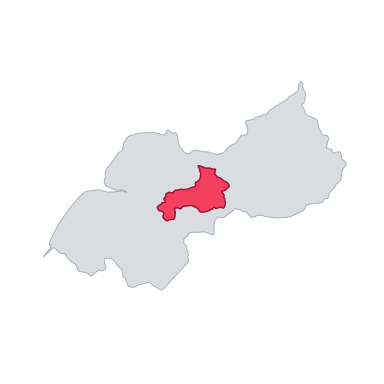 VIII-2 Lower Potaro/Ladsm, Potaro-Siparuni, Guyana (highlighted), rotated 261°
{"feature_id": "73187651B19999842805850", "entity_name": "VIII-2 Lower Potaro/Ladsm", "entity_type": "district", "adm_level": 2, "iso_a3": "GUY", "parent_name": "Guyana", "parent_adm1": "Potaro-Siparuni", "projection": "robinson", "projection_center": [-59.037, 4.863], "detail": "fine", "context": "in_parent", "style": "filled", "palette": "rose", "viewbox_px": 384, "rotation_deg": 261, "n_neighbors": 0, "source": "geoboundaries", "source_scale": "gbopen_adm2", "svg_char_len": 9622}
<svg xmlns="http://www.w3.org/2000/svg" viewBox="0 0 384 384"><g transform="rotate(261 192 192)"><path d="M124.1,178.1L116.2,168.1L108.2,158.0L100.3,148.1L99.8,146.7L103.1,142.0L106.0,138.6L108.5,136.7L109.7,135.0L108.8,127.7L108.8,125.1L107.7,122.2L106.9,119.0L107.9,116.4L109.0,114.5L110.6,113.8L114.2,113.2L116.8,112.9L117.8,111.8L119.3,110.6L121.2,110.5L125.1,111.4L126.9,109.8L130.0,107.6L137.2,103.8L138.8,101.4L140.0,97.6L139.8,95.8L139.1,95.1L137.3,94.5L134.6,94.4L132.4,95.4L130.2,94.9L128.3,92.5L128.2,90.6L129.3,87.9L128.7,86.0L125.1,80.3L125.1,78.7L127.7,76.1L129.2,73.9L131.2,68.6L132.8,66.9L137.8,66.3L139.1,65.1L141.6,62.4L145.4,59.2L150.8,56.6L152.4,52.0L153.4,50.8L157.7,48.3L158.5,47.0L158.4,45.9L151.4,35.5L152.8,36.2L158.2,43.0L161.2,44.5L161.8,44.5L161.8,42.7L164.6,43.5L171.7,48.1L182.0,55.8L196.6,70.2L200.8,75.7L203.6,78.3L207.9,84.6L209.2,87.6L209.0,99.9L205.2,108.2L204.3,114.4L204.1,122.7L201.8,127.5L204.8,124.9L205.7,117.4L208.2,112.8L211.5,107.9L215.9,106.7L220.6,108.8L224.4,109.2L227.7,110.6L234.9,118.6L241.8,124.9L244.4,130.0L251.7,132.5L256.1,136.5L257.5,140.0L258.4,149.0L257.0,162.6L257.3,163.3L255.4,166.0L255.0,167.7L253.7,170.8L252.7,172.4L254.2,176.2L255.8,176.3L256.5,176.8L256.9,177.6L256.8,178.4L256.2,179.1L254.6,180.0L253.1,182.2L253.2,184.6L252.3,185.8L249.2,186.5L243.2,186.5L240.3,186.7L238.0,187.1L236.4,188.6L234.5,189.7L233.0,190.0L231.6,191.8L230.2,194.3L230.7,196.1L232.1,198.4L232.9,200.8L231.8,204.7L230.7,207.7L230.0,210.0L229.0,214.4L226.7,219.2L225.1,222.0L225.1,224.9L225.9,229.2L230.6,235.4L232.2,238.3L233.4,243.1L237.6,246.8L240.3,249.8L240.1,253.8L240.4,255.1L242.1,256.1L244.1,256.8L246.3,256.8L248.3,256.4L248.7,255.9L253.3,255.8L253.8,256.8L254.1,262.5L254.3,264.9L255.4,265.8L256.0,267.2L256.1,268.5L256.3,271.7L257.0,273.4L256.8,276.9L257.3,278.1L258.6,279.0L260.2,281.4L260.8,281.7L261.1,282.6L262.5,286.1L263.2,287.1L263.7,287.3L263.9,288.5L264.9,291.8L265.5,292.6L266.8,295.0L267.3,297.6L269.0,300.6L270.7,302.6L271.5,304.8L273.7,309.6L275.9,312.9L278.8,313.8L281.2,314.2L282.7,315.5L284.2,316.9L282.6,317.5L281.2,318.4L279.2,317.7L276.4,318.1L273.5,319.0L270.9,319.5L265.9,318.0L264.4,317.8L263.3,317.2L261.3,314.2L260.3,313.9L257.6,315.2L254.4,316.2L252.8,316.0L251.0,317.0L249.2,318.3L245.9,324.1L244.2,326.1L242.4,327.0L238.8,327.0L234.8,327.2L231.9,328.6L229.2,329.3L227.8,329.4L227.3,332.6L226.7,334.0L225.9,334.9L223.7,335.1L221.8,335.0L220.7,333.7L218.5,333.0L216.6,332.6L215.3,331.8L214.4,332.0L213.5,333.3L212.9,334.5L212.3,336.5L209.4,337.2L208.1,338.4L208.9,342.2L208.5,343.7L207.9,344.9L204.4,345.1L201.4,345.1L199.7,346.5L197.6,348.2L196.3,348.5L194.7,348.4L192.7,346.4L190.7,344.1L185.8,342.4L180.9,341.0L177.6,337.2L176.9,335.4L175.4,334.6L171.5,330.1L169.4,327.2L167.1,326.5L164.5,325.3L164.6,323.2L164.4,321.2L163.3,320.3L161.7,319.8L161.1,318.7L161.3,316.0L161.6,309.3L161.2,302.8L157.6,300.5L156.1,299.0L153.4,289.4L152.2,285.1L152.1,281.8L153.0,272.3L154.0,268.1L156.7,259.8L158.3,257.0L158.4,254.9L158.3,252.2L157.5,246.8L162.1,243.5L164.0,242.1L164.4,239.8L166.8,237.0L167.9,234.2L168.8,232.1L168.6,231.0L167.5,230.3L166.3,228.3L163.6,222.4L162.6,221.3L161.8,219.6L162.2,217.0L163.3,214.2L163.1,213.0L161.5,211.5L158.2,209.0L155.5,208.8L153.4,207.9L150.3,207.8L147.8,207.5L146.4,206.6L146.7,205.0L147.3,203.8L149.4,200.9L150.8,197.7L151.0,194.7L151.4,190.6L152.0,187.1L152.3,183.2L149.1,180.6L148.0,178.4L146.7,176.5L145.2,176.5L142.9,175.7L139.4,178.2L136.6,177.7L134.7,178.7L130.3,178.5L127.5,177.3L124.1,178.1Z" fill="#d9dde1" stroke="#a8b0b8" stroke-width="1"/><path d="M195.4,168.7L195.0,168.2L194.8,167.7L194.6,167.0L194.5,166.6L194.3,166.3L194.0,166.1L193.7,165.9L193.2,165.7L192.9,165.7L192.6,165.6L192.3,165.6L191.9,165.6L191.6,165.3L191.4,165.1L191.1,164.8L190.7,164.4L190.3,163.7L189.9,163.4L189.6,163.2L189.2,163.1L188.8,163.3L188.4,163.4L188.2,163.7L187.3,164.1L187.0,164.2L186.6,164.1L186.3,163.9L186.0,163.6L185.9,163.1L186.0,162.6L186.0,162.1L186.2,161.6L186.3,161.2L186.2,160.9L185.8,160.6L185.4,160.2L185.1,159.9L184.8,159.6L184.5,159.3L184.3,159.1L184.2,158.6L184.2,158.2L184.3,157.8L184.1,157.5L183.8,157.1L183.5,156.7L183.2,156.4L183.1,156.0L182.9,155.8L182.5,155.6L182.1,155.4L181.8,155.4L181.3,155.4L180.9,155.6L180.5,155.8L180.1,155.9L179.7,156.1L179.2,156.2L178.9,156.5L178.4,157.2L178.4,157.6L178.3,158.0L178.0,158.3L177.8,158.7L177.7,159.2L177.5,159.5L177.4,159.9L177.1,160.1L176.8,160.4L176.4,160.6L176.1,160.7L175.7,160.8L175.3,160.7L175.0,160.7L174.5,160.6L174.1,160.3L172.8,159.6L172.3,159.4L172.0,159.4L171.5,159.4L171.1,159.5L170.8,159.7L170.5,160.0L170.2,160.2L169.8,160.5L169.2,160.9L168.9,161.1L168.2,161.7L168.0,161.9L167.7,162.3L167.6,162.7L167.6,163.2L167.7,163.7L167.9,164.2L168.1,164.5L168.1,164.9L168.2,165.3L168.2,165.7L168.0,166.5L168.0,167.0L168.1,167.4L168.2,167.8L168.3,168.2L168.3,168.7L168.2,169.1L167.9,169.5L168.3,169.9L168.6,170.4L169.0,170.5L169.4,170.8L169.7,171.0L170.1,171.1L170.5,171.3L171.3,171.5L171.7,171.6L172.5,171.7L173.4,172.0L173.9,172.1L174.4,172.2L174.9,172.3L175.6,172.3L176.0,172.3L176.4,172.2L176.7,172.1L177.1,172.1L177.6,172.1L177.9,172.2L178.2,172.5L178.4,172.9L178.7,173.3L178.8,173.7L178.8,174.1L178.7,174.6L178.7,174.9L178.6,175.3L178.5,175.7L178.2,176.1L177.9,176.5L177.7,176.8L177.4,177.3L177.3,177.7L177.2,178.2L177.3,178.6L177.5,179.0L178.1,179.4L178.4,179.6L178.7,179.9L178.9,180.3L179.0,180.7L179.1,181.1L179.2,181.5L179.2,182.0L179.3,182.5L179.0,183.5L179.0,184.0L179.0,184.4L179.0,184.9L178.9,185.9L179.0,186.4L179.0,186.8L179.0,187.8L178.9,188.3L178.9,188.7L178.8,189.2L178.7,189.6L178.6,190.0L178.4,190.3L178.0,190.7L177.7,191.1L177.4,191.6L177.2,191.9L177.0,192.3L176.7,192.7L176.5,193.0L176.2,193.3L175.9,193.7L175.7,194.1L175.4,194.5L175.1,194.9L174.6,195.2L174.3,195.3L173.9,195.6L173.3,195.9L172.9,196.1L172.4,196.2L172.0,196.4L171.6,196.7L171.3,196.9L171.0,197.2L170.9,197.7L170.7,198.2L170.6,198.6L170.6,199.2L170.5,199.7L170.5,200.1L170.5,200.5L170.4,201.1L170.4,201.5L170.3,201.9L170.4,202.3L170.5,203.1L170.6,204.3L170.7,204.7L171.0,205.7L171.1,206.4L171.4,206.7L171.3,207.1L171.7,207.3L171.9,207.5L172.1,207.9L172.2,208.3L172.1,208.7L171.9,209.1L171.9,209.6L172.0,209.9L172.3,210.1L172.7,210.3L172.9,210.5L173.2,210.9L173.4,211.3L173.3,211.7L173.1,212.0L172.8,212.3L172.6,212.5L172.2,212.8L172.1,213.1L171.9,213.5L171.9,213.8L172.1,214.3L172.2,214.7L172.4,215.2L172.4,215.7L172.3,216.1L172.3,216.6L172.5,216.9L172.6,217.3L172.6,217.8L172.6,218.2L172.3,218.6L172.0,218.9L171.7,219.3L171.5,219.6L171.3,220.0L171.2,220.5L171.4,220.8L171.7,221.1L172.0,221.4L172.7,221.9L173.1,222.1L173.4,222.3L174.1,222.5L174.8,222.7L175.2,222.8L175.5,223.0L175.8,223.1L176.2,223.3L176.6,223.3L176.9,223.2L177.4,223.1L178.1,223.0L179.8,223.2L180.2,223.2L180.6,223.1L181.0,223.0L181.3,222.9L181.6,222.8L182.0,222.7L182.3,222.7L183.0,222.9L183.3,222.9L183.7,223.0L184.1,223.1L184.6,222.9L184.9,222.8L185.2,222.5L185.5,222.3L186.1,221.9L186.5,221.8L187.1,221.7L187.5,221.6L187.9,221.7L188.1,222.1L188.1,222.5L188.2,222.9L188.3,223.8L188.3,224.3L188.3,224.8L188.5,225.2L188.7,225.6L189.0,225.9L189.4,226.2L189.6,226.5L190.0,227.3L190.7,228.5L190.9,228.8L191.2,229.1L191.5,229.4L191.9,229.6L192.3,229.6L192.6,229.6L193.0,229.6L193.6,229.6L194.0,229.4L194.3,229.2L194.6,228.9L195.0,228.8L195.4,228.6L196.0,227.9L196.3,227.6L196.8,227.0L197.0,226.8L197.2,226.5L197.4,226.1L197.8,225.5L198.0,225.1L198.3,224.9L198.7,224.6L199.0,224.4L199.7,223.8L200.1,223.4L200.3,223.1L200.6,222.9L200.9,222.6L201.1,222.3L201.5,221.9L201.7,221.6L202.0,221.3L202.1,220.9L202.3,220.6L202.5,220.1L202.9,219.3L203.3,219.2L203.7,219.0L204.4,218.6L204.7,218.4L205.0,218.2L205.3,217.9L205.6,217.7L206.1,217.5L206.4,217.4L206.9,217.3L207.6,217.6L207.9,217.6L208.3,217.9L208.7,218.1L209.1,218.2L209.5,218.4L209.8,218.5L210.3,218.7L210.7,218.8L210.9,218.6L211.0,218.4L211.0,218.0L211.1,217.7L211.1,217.3L211.1,216.8L211.2,216.4L211.5,216.1L211.7,215.7L211.8,215.3L212.0,214.9L212.1,214.5L212.4,214.0L212.6,213.6L212.8,213.3L212.9,212.8L212.9,212.4L212.9,212.0L213.2,211.0L213.2,210.5L213.2,210.1L213.3,209.6L213.6,209.1L214.0,208.3L214.3,207.9L214.7,207.1L215.0,206.6L215.3,206.2L215.5,205.8L215.7,205.4L216.2,204.6L216.4,204.2L216.6,203.9L216.7,203.5L216.7,202.8L216.8,202.2L216.3,202.2L215.9,202.3L215.6,202.3L215.2,202.5L214.8,202.7L214.4,202.9L214.1,203.0L213.6,203.1L213.2,203.2L212.9,203.1L212.5,202.9L212.1,202.9L211.8,203.0L211.4,203.0L211.0,203.1L210.7,203.2L210.0,203.3L209.6,203.3L209.1,203.3L208.7,203.4L208.3,203.4L207.9,203.4L207.6,203.3L207.3,203.1L206.9,203.0L206.6,202.9L206.3,202.8L205.5,202.7L205.1,202.5L204.8,202.3L204.0,201.9L203.6,201.7L203.3,201.5L202.9,201.1L202.5,200.6L202.0,200.0L201.7,199.5L201.5,199.1L201.3,198.6L201.3,198.2L201.3,197.7L201.2,197.3L200.9,197.1L200.7,196.9L200.3,196.7L199.8,196.7L199.1,196.6L198.7,196.7L198.4,196.8L197.9,196.7L197.5,196.5L197.2,196.2L197.0,195.7L196.9,195.3L196.8,194.4L196.7,193.9L196.5,193.5L196.5,193.1L196.5,192.7L196.4,192.4L196.3,191.9L196.2,191.3L196.1,190.7L196.0,190.1L195.9,189.5L195.7,188.9L195.6,188.4L195.5,188.0L195.4,187.6L195.4,187.1L195.5,186.6L195.6,186.1L195.7,185.7L195.6,185.3L195.6,184.6L195.7,184.1L195.9,183.7L196.0,183.1L196.1,182.7L196.3,182.4L196.4,182.0L196.5,181.5L196.5,181.2L196.5,180.7L196.4,180.3L196.3,179.8L196.2,179.3L196.2,178.8L196.1,178.2L196.2,177.7L196.2,177.3L196.2,176.9L196.1,176.4L196.3,176.1L196.3,175.7L196.1,175.4L195.7,175.0L195.5,174.7L195.3,174.3L195.1,173.9L194.6,173.5L194.3,173.2L194.3,172.8L194.2,171.9L194.3,171.6L194.5,171.1L194.6,170.7L194.8,170.3L195.0,170.0L195.2,169.6L195.3,169.1L195.4,168.7Z" fill="#f43f5e" stroke="#9f1239" stroke-width="1.5"/></g></svg>